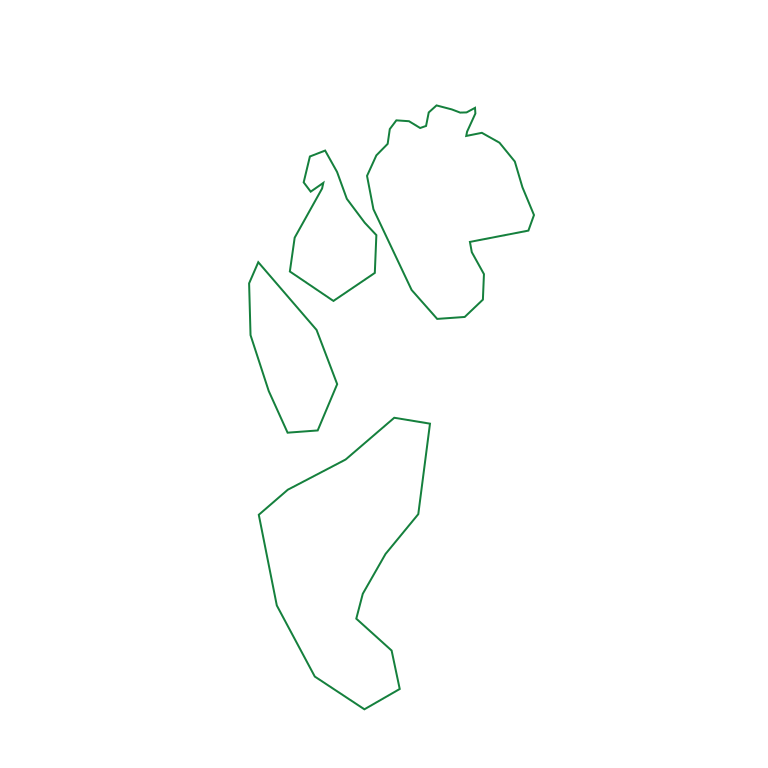 map outline of Föglö (orthographic projection), rotated 307°
{"feature_id": "ALD-4814", "entity_name": "Föglö", "entity_type": "state/province", "adm_level": 1, "iso_a3": "ALA", "parent_name": "Aland", "parent_adm1": "", "projection": "orthographic", "projection_center": [20.496, 60.014], "detail": "fine", "context": "isolated", "style": "outline", "palette": "green", "viewbox_px": 768, "rotation_deg": 307, "n_neighbors": 0, "source": "natural_earth", "source_scale": "10m", "svg_char_len": 1021}
<svg xmlns="http://www.w3.org/2000/svg" viewBox="0 0 768 768"><g transform="rotate(307 384 384)"><path d="M108.7,504.8L142.6,431.7L204.2,362.7L241.7,370.8L300.6,398.8L363.2,412.5L380.0,444.6L300.7,489.7L249.2,487.5L203.7,493.3L179.9,503.1L175.7,550.5L149.9,580.1L112.4,564.1L108.7,504.8ZM646.6,281.5L650.6,286.5L659.3,290.5L655.0,294.2L635.5,298.5L631.6,300.4L643.5,311.0L646.2,331.0L640.4,354.6L624.4,376.2L609.2,402.1L593.4,407.0L549.2,367.1L542.1,374.8L531.9,397.7L510.9,412.2L486.1,408.1L468.0,387.3L475.7,349.5L517.2,270.4L540.0,245.2L562.0,240.3L578.0,242.4L591.1,235.2L602.0,235.2L608.9,245.8L610.2,258.8L615.4,262.3L627.8,256.3L638.1,258.3L644.1,272.9L646.6,281.5ZM342.7,248.0L383.2,215.7L405.6,210.3L386.6,297.6L355.7,346.7L307.0,359.0L287.1,336.3L309.0,296.2L342.7,248.0ZM501.2,271.6L498.3,288.3L467.2,309.8L419.9,293.6L417.2,241.1L447.1,224.6L502.9,216.9L508.1,214.5L493.5,209.7L496.7,198.5L521.1,187.9L535.0,196.5L525.1,218.9L509.5,242.9L501.2,271.6Z" fill="none" stroke="#15803d" stroke-width="2"/></g></svg>